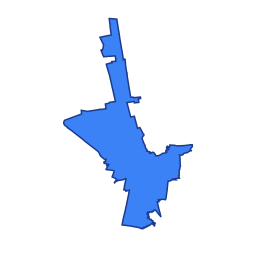 outline of Titu, Dâmbovita, Romania, rotated 215°
{"feature_id": "2599482B39666992432313", "entity_name": "Titu", "entity_type": "district", "adm_level": 2, "iso_a3": "ROU", "parent_name": "Romania", "parent_adm1": "Dâmbovita", "projection": "orthographic", "projection_center": [25.555, 44.638], "detail": "fine", "context": "isolated", "style": "filled", "palette": "blue", "viewbox_px": 256, "rotation_deg": 215, "n_neighbors": 0, "source": "geoboundaries", "source_scale": "gbopen_adm2", "svg_char_len": 5300}
<svg xmlns="http://www.w3.org/2000/svg" viewBox="0 0 256 256"><g transform="rotate(215 128 128)"><path d="M199.6,210.8L205.1,207.6L206.1,207.0L206.2,206.8L202.3,202.6L200.8,200.8L195.1,194.5L200.0,189.5L203.0,186.2L201.7,185.4L195.8,182.2L194.3,179.2L193.7,177.2L194.1,176.6L194.6,176.7L194.8,176.4L194.7,176.1L193.0,175.1L191.2,173.8L188.7,172.4L188.3,172.8L185.1,175.5L179.8,179.7L177.7,177.5L176.2,175.8L179.4,173.1L178.5,172.3L179.5,171.4L182.4,167.8L179.4,165.3L173.3,160.5L153.5,142.5L157.7,138.6L157.8,138.2L157.7,137.9L157.8,137.5L160.3,134.7L157.1,131.2L160.0,128.4L161.5,127.2L161.6,127.3L163.7,125.1L170.4,118.7L170.8,118.4L171.9,117.8L176.4,115.7L174.1,112.8L184.2,98.2L184.3,97.6L184.2,96.6L183.8,95.7L183.4,95.1L182.7,94.5L181.6,94.0L177.7,93.8L177.7,93.5L173.1,93.5L157.1,92.7L156.5,92.5L139.1,91.6L138.6,91.5L136.4,90.5L136.4,90.4L134.5,89.3L130.1,88.9L128.9,89.1L128.1,89.9L127.8,89.3L127.8,88.7L127.4,88.4L127.2,88.1L127.2,87.6L127.6,87.2L128.1,87.0L128.3,86.6L127.9,86.1L127.6,86.3L127.3,85.4L124.3,86.6L122.9,87.0L122.8,86.5L124.2,86.0L124.1,85.9L123.9,85.1L122.7,85.5L122.6,84.5L122.7,84.3L122.6,84.1L122.3,81.9L122.1,81.4L121.4,81.7L118.6,83.3L115.9,84.7L115.4,84.7L114.5,84.6L114.2,83.6L113.2,79.6L112.9,78.8L110.3,79.4L107.7,79.4L107.9,75.6L107.6,75.4L107.4,76.4L107.0,77.5L106.3,78.9L105.3,80.0L102.7,82.4L102.0,83.3L101.6,84.3L101.1,85.1L100.5,85.8L100.6,85.5L100.4,85.1L99.8,83.5L99.5,83.1L99.4,82.7L98.3,80.0L97.5,78.1L97.3,78.0L96.8,77.0L96.3,75.5L95.9,74.9L94.4,76.0L93.8,75.4L93.6,75.3L93.5,75.1L91.2,77.8L89.1,73.2L86.2,66.5L84.6,62.9L84.2,61.6L83.7,60.7L83.5,60.0L83.0,59.0L80.6,52.9L80.5,52.6L80.2,51.8L77.3,45.2L70.4,48.8L63.3,52.1L60.8,53.1L60.4,53.0L60.0,53.0L59.8,53.2L59.4,53.4L59.1,53.9L58.5,53.6L58.0,54.2L57.9,54.8L58.0,54.9L58.1,55.5L57.3,55.5L57.2,56.0L57.3,56.1L57.3,56.4L57.2,56.6L56.5,56.7L56.6,57.1L56.9,57.4L56.8,57.5L56.3,57.7L56.1,57.9L56.2,58.4L55.9,58.5L55.5,58.6L55.4,58.7L55.5,59.2L55.9,59.2L55.9,59.6L55.7,59.7L55.5,59.8L55.3,60.0L55.1,60.0L54.8,60.1L54.6,60.8L54.4,61.0L54.5,61.3L54.0,61.9L54.1,62.6L53.8,63.0L53.7,63.2L53.5,63.5L53.2,63.7L53.0,63.4L52.6,63.3L52.4,63.7L52.0,63.7L51.6,63.7L51.0,63.4L50.9,63.0L50.4,62.8L50.2,62.9L50.3,63.4L50.7,63.8L50.7,64.3L51.1,64.5L51.6,64.5L51.7,65.1L51.4,65.2L51.2,65.3L51.1,65.6L51.5,65.7L52.4,65.4L52.4,65.1L52.8,64.7L53.0,64.7L53.2,65.0L53.7,64.9L53.7,65.1L53.8,65.2L53.9,65.6L53.9,66.0L54.1,66.1L54.6,66.2L54.8,66.1L54.9,65.7L55.2,65.9L55.3,66.1L55.8,66.1L56.6,66.4L57.0,66.1L57.2,65.7L57.7,65.5L57.9,65.6L58.0,65.9L58.3,65.9L58.6,66.1L59.0,66.3L59.1,66.2L59.4,66.1L59.9,65.4L60.0,65.3L60.5,65.6L60.7,66.7L60.2,67.0L59.9,67.0L59.8,67.4L60.3,67.8L60.6,67.8L60.8,67.6L61.0,67.7L61.3,68.3L61.8,68.1L61.9,68.3L62.2,68.6L62.3,68.8L62.1,69.0L62.4,69.1L62.7,68.8L62.9,68.5L63.1,68.5L63.3,68.6L63.3,69.0L63.0,69.3L62.9,69.5L62.7,69.6L63.0,70.0L63.5,70.1L63.5,70.4L63.1,70.7L62.7,70.7L62.3,70.8L62.2,70.7L61.8,71.1L62.1,71.5L62.0,72.0L61.3,72.3L60.9,72.7L60.1,72.7L60.0,73.1L60.3,73.3L60.3,73.5L60.1,74.0L59.5,74.1L59.4,74.3L59.4,75.1L59.6,75.4L59.6,75.6L58.4,76.5L49.8,74.0L50.2,74.2L53.8,77.4L54.7,78.0L61.8,84.4L60.6,85.2L60.8,85.3L61.0,85.5L61.1,86.1L60.6,86.3L60.3,87.0L60.6,87.2L61.5,86.6L61.9,86.8L58.8,89.4L56.2,90.8L56.4,91.1L56.4,91.9L60.3,99.5L61.0,100.7L63.9,105.9L64.7,107.6L64.4,107.7L63.3,108.6L61.9,111.0L61.5,111.5L62.1,111.7L61.7,112.0L61.0,111.8L59.4,112.8L60.9,112.8L57.1,116.5L59.0,117.7L58.7,118.3L62.0,123.0L61.8,123.5L61.9,123.9L62.0,124.2L62.4,124.7L63.0,125.8L63.2,126.9L64.2,127.9L68.5,133.7L70.3,135.4L69.6,135.8L68.0,137.0L67.8,137.6L67.7,139.0L67.1,140.1L66.8,140.5L65.7,141.3L65.0,142.5L64.7,143.7L64.4,144.1L64.2,144.4L64.2,144.9L64.1,145.1L63.2,145.4L63.3,145.9L64.2,145.8L64.4,145.9L64.7,146.3L64.7,147.1L64.9,148.0L64.6,149.2L64.7,149.7L64.8,150.0L65.3,150.4L65.7,151.2L65.8,151.2L66.0,151.1L66.6,150.6L68.7,148.7L71.7,146.0L77.0,141.8L78.2,141.2L80.0,140.5L83.9,138.1L84.0,138.0L83.4,137.2L83.2,136.8L83.2,135.9L83.3,135.6L83.6,135.5L84.9,135.9L85.1,135.9L85.3,135.6L85.4,134.7L85.2,134.0L84.8,133.6L84.6,133.7L84.4,134.4L84.0,134.7L83.7,134.7L83.3,134.5L83.8,134.2L83.9,133.8L83.6,133.8L82.8,134.1L82.6,133.9L82.5,133.5L82.6,133.3L83.0,133.2L83.3,133.2L83.6,133.2L83.6,132.5L84.1,131.6L84.1,131.4L83.9,130.8L83.7,130.7L82.8,131.0L82.4,130.7L82.4,130.3L82.8,129.9L82.8,129.2L85.1,127.2L85.4,126.3L86.4,124.1L86.8,123.3L87.5,122.5L88.7,121.6L89.6,121.4L89.9,121.5L90.3,121.7L90.9,122.2L92.8,122.6L93.2,122.6L93.7,122.4L94.2,122.0L94.4,121.2L94.8,121.0L95.0,120.7L95.0,120.2L95.3,119.8L96.0,119.8L96.2,120.1L96.1,120.9L96.2,121.0L96.5,121.0L99.3,119.8L99.5,120.7L99.7,121.0L101.7,121.5L102.6,122.1L104.1,123.5L106.2,124.6L110.4,127.4L111.0,129.0L111.0,129.5L111.0,129.9L110.8,130.4L110.8,131.0L111.0,131.4L111.3,131.8L111.7,132.0L112.5,131.8L113.2,132.5L118.6,135.2L120.0,133.2L129.6,141.3L132.1,138.5L143.4,148.2L138.2,153.3L137.2,152.2L133.8,155.2L136.2,157.8L134.6,159.4L135.6,160.5L140.7,156.1L141.2,156.3L141.7,156.1L143.3,154.8L144.0,155.3L158.2,169.8L159.4,171.3L160.5,172.2L160.4,172.4L160.6,172.4L167.0,179.1L167.2,179.7L168.8,181.4L168.9,181.6L169.4,182.2L169.8,182.6L170.3,182.6L170.6,182.2L170.7,181.6L170.9,181.2L176.6,187.2L177.4,187.9L186.6,197.2L188.2,199.0L194.6,205.5L198.8,209.9L199.6,210.8Z" fill="#3b82f6" stroke="#1e3a8a" stroke-width="1.5"/></g></svg>